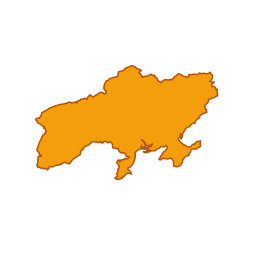 Ukraine, Natural Earth projection, rotated 336°
{"feature_id": "UKR", "entity_name": "Ukraine", "entity_type": "country or territory", "adm_level": 0, "iso_a3": "UKR", "parent_name": "Europe", "parent_adm1": "", "projection": "natural_earth1", "projection_center": [31.244, 48.371], "detail": "fine", "context": "isolated", "style": "filled", "palette": "amber", "viewbox_px": 256, "rotation_deg": 336, "n_neighbors": 0, "source": "natural_earth", "source_scale": "50m", "svg_char_len": 5910}
<svg xmlns="http://www.w3.org/2000/svg" viewBox="0 0 256 256"><g transform="rotate(336 128 128)"><path d="M171.6,165.1L174.3,168.7L175.6,170.0L176.5,170.5L177.6,170.6L179.8,169.5L180.7,169.3L182.7,169.8L183.4,169.0L184.4,168.6L185.8,168.5L189.0,169.4L187.6,171.7L187.0,174.1L185.2,174.6L183.3,174.6L181.2,174.9L180.0,174.0L179.0,173.6L177.8,173.3L176.7,173.6L175.5,175.3L173.2,176.5L172.5,177.8L170.3,177.5L168.4,177.7L165.6,179.0L163.5,181.6L161.2,183.2L159.4,183.7L157.7,183.5L156.5,183.1L154.2,181.3L154.4,180.7L155.1,179.5L156.0,176.3L155.9,175.3L155.3,173.6L153.5,172.4L152.0,172.6L151.2,172.3L148.2,170.1L146.6,169.9L144.8,170.4L144.1,170.1L143.6,169.3L147.2,166.6L150.6,164.4L152.2,164.2L154.2,163.2L156.4,161.6L156.1,160.4L155.6,159.5L153.8,160.1L151.9,159.1L151.3,158.4L148.4,159.1L146.8,159.0L143.2,159.7L141.6,159.0L138.3,157.2L137.1,156.8L136.0,156.9L135.5,156.3L136.1,156.0L137.8,155.7L138.0,155.4L138.0,154.8L136.3,154.3L134.7,154.2L132.9,153.1L134.7,153.0L136.5,153.5L139.3,153.7L141.9,154.2L144.3,152.2L141.8,152.9L139.3,152.4L138.4,151.8L137.6,150.9L137.3,149.8L137.5,148.8L137.2,147.0L136.1,144.6L135.2,143.8L136.1,145.6L136.4,146.7L136.9,147.8L136.8,150.7L136.5,151.7L135.4,152.0L132.7,151.5L133.0,149.9L132.3,150.5L131.3,152.0L130.3,152.2L128.3,152.1L124.5,153.1L123.7,155.7L123.0,157.1L121.4,159.4L118.1,162.8L113.7,164.7L112.1,164.3L111.5,164.8L111.2,165.4L111.2,166.5L112.0,167.4L112.6,170.2L112.3,171.3L110.8,169.8L109.0,169.1L107.0,169.3L104.8,170.5L103.3,170.9L102.0,170.6L101.9,171.2L102.1,171.4L101.8,171.7L98.3,170.9L96.8,170.1L95.7,168.6L96.8,168.0L98.9,167.7L99.1,166.9L98.8,165.6L99.6,164.6L100.8,163.8L101.5,163.0L101.6,161.8L102.9,161.2L104.0,160.2L104.3,159.1L104.6,158.4L104.0,156.8L103.8,155.8L103.8,154.9L104.1,154.4L106.2,153.4L106.7,153.5L106.8,153.7L106.9,155.5L107.4,155.3L108.0,154.3L108.4,154.6L109.0,154.7L109.7,154.5L110.8,155.1L111.4,155.2L112.4,154.5L112.9,154.7L113.9,155.9L116.5,155.5L117.2,154.9L114.9,153.3L115.1,150.7L114.8,149.8L114.4,149.2L112.6,148.4L111.3,147.6L111.0,147.3L110.9,146.1L110.4,145.5L110.3,145.0L110.7,144.2L110.8,143.3L110.7,143.0L109.0,142.2L108.4,141.5L106.5,140.4L106.2,139.9L106.1,139.3L106.8,137.5L107.1,136.5L107.1,135.9L106.9,134.4L106.2,133.2L105.8,133.1L104.5,133.7L104.0,133.4L103.3,132.8L102.3,131.1L99.7,130.6L98.9,131.5L98.5,130.7L98.1,130.5L97.6,130.7L97.4,130.5L97.7,129.8L97.1,129.4L95.6,129.4L94.8,129.1L94.8,128.6L94.3,128.2L93.5,128.1L92.7,127.6L91.9,126.9L90.8,126.4L89.0,126.0L87.4,126.9L86.6,126.7L85.4,127.5L81.8,127.5L81.2,127.3L78.9,128.6L78.7,129.1L75.2,129.9L74.9,131.1L73.6,132.8L65.9,134.0L62.6,135.2L61.5,136.3L59.5,136.7L56.2,133.7L55.1,133.5L51.7,134.1L50.5,133.5L49.8,133.6L46.2,132.8L43.3,132.9L41.1,131.6L40.4,131.5L39.4,132.6L37.4,133.5L37.2,133.3L37.1,132.8L37.3,132.3L36.3,131.2L35.3,131.3L34.3,130.9L33.7,129.9L32.6,129.3L31.8,129.1L31.5,128.7L30.8,127.0L29.5,127.1L29.7,124.8L31.4,123.1L32.6,120.5L34.1,118.3L34.3,117.7L34.8,117.7L37.3,118.5L37.6,118.2L37.7,117.6L36.2,116.4L36.6,114.6L35.8,111.2L36.4,110.3L40.2,106.2L42.8,103.8L47.8,99.6L50.6,99.1L51.5,97.8L52.0,97.5L52.1,96.3L51.6,94.8L50.9,93.9L51.1,93.6L51.8,93.5L52.3,93.1L52.2,92.7L51.0,91.8L50.5,91.1L49.8,89.2L47.7,86.7L47.7,86.1L47.9,85.5L47.7,84.8L47.2,83.8L47.3,82.5L48.4,82.1L49.3,82.2L50.0,82.3L51.0,82.9L52.9,81.8L54.6,80.3L55.1,79.4L55.5,79.0L61.0,78.6L63.1,78.1L65.3,78.0L72.3,78.4L77.4,79.3L78.0,79.7L81.4,80.3L85.4,80.6L87.0,82.7L90.3,82.7L91.2,83.1L91.1,84.2L91.3,84.4L91.8,84.3L92.7,83.0L93.0,82.8L94.7,83.2L95.4,83.2L96.1,82.6L96.5,82.6L99.1,83.2L100.3,83.2L101.0,83.5L101.5,84.7L102.4,85.0L103.1,83.9L103.7,83.5L105.1,83.1L106.0,82.3L106.4,82.3L106.8,82.4L107.2,82.9L108.5,85.3L109.0,85.7L111.3,85.0L115.1,84.6L116.8,84.3L117.8,84.4L119.4,85.4L119.7,86.5L120.9,87.2L122.0,87.3L122.3,86.6L122.9,86.0L122.6,84.4L121.8,82.7L122.4,81.4L123.3,79.7L124.2,78.6L126.7,76.5L127.7,76.1L129.2,76.5L130.6,75.7L133.0,75.7L135.3,75.8L137.3,76.5L138.9,76.5L140.7,75.6L141.5,73.4L142.3,72.9L143.1,72.9L146.3,73.7L147.3,73.6L149.9,72.5L151.4,72.3L153.2,72.6L156.2,72.4L157.1,72.8L158.2,73.7L159.2,75.0L160.3,77.4L163.4,80.2L163.5,80.7L163.2,81.1L160.5,81.6L160.4,82.1L161.4,83.3L161.4,85.2L161.7,85.9L162.2,86.3L162.3,86.7L161.6,87.4L161.8,87.6L164.5,87.7L166.9,88.6L170.7,88.1L171.1,88.5L171.8,90.1L172.2,90.4L173.5,90.4L173.7,90.7L173.4,91.1L173.5,91.7L173.9,92.3L174.3,93.7L174.9,94.7L174.9,95.4L174.4,96.3L174.7,97.3L175.5,98.4L176.2,98.7L176.7,99.7L177.6,100.0L179.9,98.8L182.4,99.1L183.2,99.7L183.8,100.5L184.5,100.9L185.1,100.7L186.6,100.9L187.9,101.9L189.4,100.8L191.8,100.1L193.4,99.9L195.7,99.0L196.5,99.1L197.4,100.1L198.3,100.8L198.6,101.8L199.7,103.3L203.5,105.9L204.6,105.7L204.8,105.5L204.9,104.5L205.2,104.1L205.8,104.1L207.9,105.3L210.0,105.5L213.0,107.3L214.2,107.3L215.8,106.8L217.3,108.4L219.0,108.6L222.6,110.8L223.6,110.8L225.3,110.4L225.8,110.7L226.0,111.2L225.6,111.8L225.7,112.7L226.4,113.6L226.5,114.5L226.3,115.2L225.9,116.0L224.0,117.9L221.8,118.6L222.1,119.3L222.6,119.9L225.2,120.8L225.4,121.2L225.2,121.4L224.3,121.6L223.1,121.4L222.2,122.4L221.6,124.5L222.9,124.7L223.7,125.1L224.3,126.9L224.4,127.7L224.0,128.1L224.0,128.5L225.2,129.0L225.3,129.4L224.5,130.4L223.4,133.2L223.4,134.3L223.0,134.9L219.2,135.1L213.8,134.8L212.9,135.0L211.9,136.7L211.0,137.4L209.6,138.0L208.0,138.2L207.2,138.9L206.9,140.0L206.9,141.0L206.3,142.3L206.4,142.6L207.2,142.9L207.1,143.4L206.6,143.8L206.4,144.3L206.6,145.5L206.2,145.6L202.3,145.4L199.2,145.7L197.0,147.9L195.6,147.9L193.7,148.5L192.5,149.2L191.0,150.8L189.8,150.1L188.4,150.1L187.0,150.5L185.3,151.6L184.4,151.8L182.5,151.5L180.3,152.1L175.6,155.5L174.1,158.0L173.5,158.5L172.7,159.1L171.4,159.4L174.3,156.9L174.4,155.6L173.7,154.7L171.9,157.1L169.6,158.2L169.5,159.8L169.7,161.1L170.3,162.6L171.6,165.1ZM139.6,158.7L134.6,157.9L133.1,157.2L132.7,156.5L132.4,155.6L133.9,157.0L138.0,158.0L139.6,158.7Z" fill="#f59e0b" stroke="#b45309" stroke-width="1.5"/></g></svg>